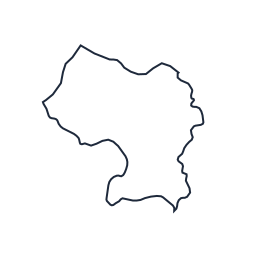 Hakkari, Equal Earth projection, rotated 31°
{"feature_id": "TUR-3047", "entity_name": "Hakkari", "entity_type": "Province", "adm_level": 1, "iso_a3": "TUR", "parent_name": "Turkey", "parent_adm1": "", "projection": "equal_earth", "projection_center": [44.217, 37.441], "detail": "fine", "context": "isolated", "style": "outline", "palette": "slate", "viewbox_px": 256, "rotation_deg": 31, "n_neighbors": 0, "source": "natural_earth", "source_scale": "10m", "svg_char_len": 1836}
<svg xmlns="http://www.w3.org/2000/svg" viewBox="0 0 256 256"><g transform="rotate(31 128 128)"><path d="M55.7,159.2L53.8,158.4L48.2,153.5L43.3,150.9L41.7,149.6L43.3,146.3L46.3,137.9L47.4,124.1L43.5,113.6L41.5,105.1L44.0,96.0L44.9,81.6L60.9,81.4L77.0,78.7L80.3,76.8L83.7,75.4L88.8,76.2L93.7,78.2L101.4,78.3L109.1,76.7L115.6,72.5L118.8,63.9L123.6,55.1L132.3,53.2L142.8,54.5L142.5,55.7L144.6,59.2L148.8,59.9L156.5,58.9L158.0,59.4L162.3,61.6L163.6,62.5L164.3,64.0L164.7,65.8L165.4,67.8L166.7,69.5L167.6,69.9L168.5,69.6L169.3,69.4L170.2,70.1L170.2,70.9L169.8,73.4L169.7,74.4L170.6,76.2L172.3,76.4L174.2,75.6L175.7,74.7L179.0,74.3L182.3,76.0L185.3,78.7L189.7,84.3L190.0,85.8L188.8,87.8L184.6,91.3L183.6,92.7L183.1,97.5L185.5,100.4L188.2,102.5L188.7,105.2L187.6,108.4L186.8,112.3L186.6,116.3L187.3,119.5L187.7,122.2L186.2,126.9L186.9,129.5L188.5,130.5L193.0,130.9L194.8,132.4L196.5,136.9L197.7,138.2L202.0,137.5L203.1,139.0L203.8,141.2L204.8,143.4L211.8,148.0L214.5,151.4L214.1,156.5L212.7,158.5L211.1,159.5L209.6,160.8L208.7,163.7L209.1,166.9L210.3,169.6L211.0,172.2L210.3,175.3L208.8,172.6L206.4,171.3L193.8,169.4L191.5,169.5L187.7,171.4L183.0,175.0L178.7,179.3L175.8,183.2L172.8,185.7L169.7,187.6L159.5,191.1L158.5,192.9L158.1,195.4L156.2,198.8L155.1,201.5L153.9,202.6L152.4,202.8L147.5,201.4L146.4,200.5L145.6,198.8L140.7,187.2L139.8,183.9L139.9,180.6L141.0,177.3L143.0,174.6L144.5,173.6L145.9,173.3L147.1,172.8L148.1,170.9L148.2,169.4L148.1,167.4L147.5,163.9L146.5,160.3L145.0,157.5L143.1,155.4L140.4,153.5L128.8,148.5L126.5,148.1L122.5,147.3L117.1,148.2L112.7,152.2L109.1,157.7L105.4,162.1L99.0,163.4L96.8,165.7L95.3,166.1L94.4,165.5L91.9,162.9L90.7,162.0L87.8,161.2L84.7,160.9L72.4,161.8L69.5,161.4L66.4,160.1L64.2,158.4L63.3,157.8L61.7,157.5L60.2,157.8L57.3,159.0L55.7,159.2Z" fill="none" stroke="#1e293b" stroke-width="2"/></g></svg>